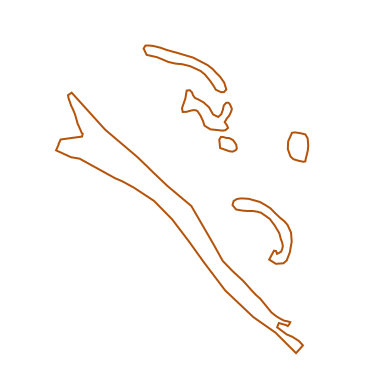 outline of Al-Manasra, Egypt, rotated 193°
{"feature_id": "37247803B61040397145628", "entity_name": "Al-Manasra", "entity_type": "district", "adm_level": 2, "iso_a3": "EGY", "parent_name": "Egypt", "parent_adm1": "", "projection": "natural_earth1", "projection_center": [32.161, 31.286], "detail": "fine", "context": "isolated", "style": "outline", "palette": "amber", "viewbox_px": 384, "rotation_deg": 193, "n_neighbors": 0, "source": "geoboundaries", "source_scale": "gbopen_adm2", "svg_char_len": 2711}
<svg xmlns="http://www.w3.org/2000/svg" viewBox="0 0 384 384"><g transform="rotate(193 192 192)"><path d="M329.7,249.6L326.4,245.5L325.5,244.2L323.5,241.4L320.9,236.7L319.5,234.1L318.8,232.8L317.5,231.2L314.6,227.3L312.7,224.7L311.6,224.2L311.6,221.3L331.8,213.6L331.9,213.1L332.1,212.0L332.8,209.0L332.8,208.8L332.8,208.7L332.7,208.6L332.7,208.4L332.6,208.2L333.0,206.3L333.8,202.0L317.7,198.7L309.0,199.2L270.0,188.1L262.6,186.8L250.0,183.3L227.0,174.8L205.2,160.9L183.0,142.4L165.1,126.6L137.6,103.6L104.1,83.9L78.9,73.7L54.4,58.4L49.4,67.5L54.4,70.9L61.7,73.5L67.6,74.5L78.6,79.3L77.9,83.9L75.1,83.7L70.5,83.5L68.5,82.9L67.5,85.0L67.0,87.3L70.3,87.5L73.0,87.3L77.1,88.3L82.0,89.9L87.5,92.5L101.4,103.3L106.7,106.2L112.4,110.0L117.0,113.3L122.3,117.0L134.4,123.9L146.5,131.7L159.0,145.6L189.5,178.2L217.2,192.3L233.8,202.1L242.6,207.5L253.5,214.0L290.5,233.1L331.6,261.7L333.5,259.6L334.6,258.4L334.4,257.9L333.8,256.7L333.7,256.5L333.7,256.1L332.6,254.4L329.8,250.0L329.7,249.8L329.7,249.7L329.7,249.6ZM101.6,143.5L94.1,140.9L86.9,143.1L84.3,146.6L83.1,155.3L83.7,166.1L86.4,174.8L91.5,181.4L95.3,184.2L100.4,186.7L105.2,189.5L112.0,193.8L117.1,195.6L123.7,197.6L135.1,198.1L139.7,197.4L143.4,196.6L146.6,195.3L149.4,192.6L149.6,188.4L145.2,184.9L139.1,185.2L134.0,185.9L128.2,187.2L123.6,187.5L120.0,187.3L110.2,183.3L103.8,177.9L97.6,171.4L94.8,166.0L92.8,163.1L91.3,159.6L91.3,156.5L91.7,154.0L93.4,152.3L95.3,150.9L96.7,153.3L98.9,153.3L101.6,143.5ZM222.3,314.2L216.8,313.1L211.0,311.9L206.0,309.5L199.4,304.4L195.1,300.5L191.8,297.0L186.1,295.8L183.3,296.6L181.6,299.6L185.2,305.8L190.9,310.9L194.9,313.3L199.7,316.6L205.5,319.2L221.0,323.2L237.0,324.2L248.7,324.7L255.2,325.5L262.7,325.6L266.6,325.1L270.3,324.2L271.4,320.9L267.0,315.4L256.6,315.5L250.3,314.5L244.4,313.4L236.9,313.4L230.6,314.3L222.3,314.2ZM200.7,268.1L197.3,263.7L194.7,259.4L188.1,257.2L181.1,258.1L176.3,258.6L173.4,259.7L171.3,262.6L173.1,265.0L175.9,267.5L174.4,271.9L173.0,274.6L171.9,279.4L171.9,282.1L174.8,286.0L176.6,287.2L178.8,286.6L180.5,283.4L180.4,279.1L181.0,274.3L183.4,271.0L188.9,272.3L194.4,278.3L200.8,281.9L207.0,283.7L210.3,284.3L212.9,286.6L214.3,289.0L217.1,290.7L220.0,289.6L219.5,281.7L220.6,271.4L219.1,267.9L215.3,268.9L211.9,270.8L209.1,272.1L206.6,272.5L204.7,271.9L200.7,268.1ZM104.8,273.3L107.9,272.2L109.7,262.9L108.3,255.4L104.1,248.8L100.6,246.8L95.5,246.4L90.3,246.5L88.5,247.3L88.6,249.6L88.5,258.3L89.2,263.5L91.4,270.3L94.5,273.6L98.9,273.7L104.8,273.3ZM176.2,252.2L177.2,249.1L176.4,246.8L174.5,241.2L164.6,240.1L161.4,240.5L158.8,242.6L158.1,244.3L159.5,248.0L161.7,250.1L163.9,251.9L167.9,252.9L170.9,252.4L174.4,252.6L176.2,252.2Z" fill="none" stroke="#b45309" stroke-width="2"/></g></svg>